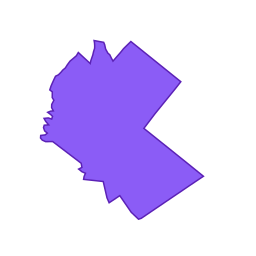 Ramilândia, Paraná, Brazil (Albers equal-area conic projection), rotated 220°
{"feature_id": "56859067B17129043800586", "entity_name": "Ramilândia", "entity_type": "district", "adm_level": 2, "iso_a3": "BRA", "parent_name": "Brazil", "parent_adm1": "Paraná", "projection": "albers", "projection_center": [-54.036, -25.1], "detail": "fine", "context": "isolated", "style": "filled", "palette": "violet", "viewbox_px": 256, "rotation_deg": 220, "n_neighbors": 0, "source": "geoboundaries", "source_scale": "gbopen_adm2", "svg_char_len": 1093}
<svg xmlns="http://www.w3.org/2000/svg" viewBox="0 0 256 256"><g transform="rotate(220 128 128)"><path d="M61.3,64.9L59.8,67.3L55.3,83.2L45.3,118.3L43.9,123.3L39.2,139.5L56.8,139.2L115.6,137.9L116.5,156.4L117.0,188.1L117.3,197.4L181.4,196.1L182.4,186.0L182.3,180.8L182.5,169.6L186.0,171.0L189.1,172.4L191.5,172.4L195.9,174.1L199.4,176.8L201.7,178.0L210.2,173.2L208.3,171.6L206.4,169.6L204.8,167.6L203.5,164.4L201.9,161.3L199.8,155.8L198.4,153.1L214.6,153.9L214.0,150.2L214.7,145.8L215.4,142.0L215.1,137.4L214.6,133.7L215.2,130.5L215.2,127.2L215.5,124.0L216.8,121.1L216.0,117.9L214.8,113.6L213.9,110.6L212.4,106.9L209.2,107.0L205.6,102.6L202.6,101.6L201.6,97.0L199.6,94.5L196.2,93.1L198.1,91.2L199.6,88.4L195.7,88.6L193.3,88.4L192.2,85.8L195.5,84.5L198.5,81.4L195.4,80.2L190.8,79.4L194.0,76.3L193.0,74.0L190.0,72.2L186.5,72.2L187.0,69.5L190.1,66.2L188.6,64.1L185.9,63.6L182.3,64.6L177.0,69.2L141.2,70.9L138.0,68.2L139.4,64.8L135.1,64.9L131.5,66.0L130.5,62.7L129.0,60.1L112.6,71.1L99.2,61.0L94.4,58.6L90.8,70.9L71.3,65.5L61.3,64.9Z" fill="#8b5cf6" stroke="#5b21b6" stroke-width="1.5"/></g></svg>